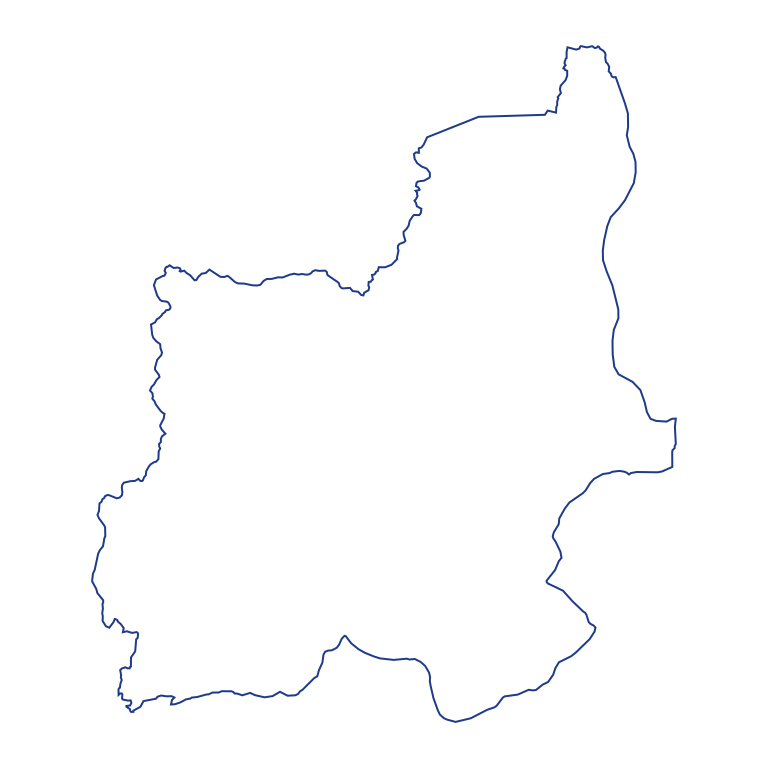 Sela, Anseba, Eritrea
{"feature_id": "51966322B36323877774800", "entity_name": "Sela", "entity_type": "district", "adm_level": 2, "iso_a3": "ERI", "parent_name": "Eritrea", "parent_adm1": "Anseba", "projection": "orthographic", "projection_center": [37.406, 16.89], "detail": "fine", "context": "isolated", "style": "outline", "palette": "blue", "viewbox_px": 768, "rotation_deg": 0, "n_neighbors": 0, "source": "geoboundaries", "source_scale": "gbopen_adm2", "svg_char_len": 6060}
<svg xmlns="http://www.w3.org/2000/svg" viewBox="0 0 768 768"><path d="M615.7,77.1L613.4,77.3L611.7,76.4L610.9,73.7L608.7,71.3L609.2,66.8L607.7,63.8L606.0,62.1L605.2,57.6L605.6,54.9L604.9,52.6L603.1,50.6L599.9,48.6L599.1,46.9L597.8,46.4L596.6,47.7L594.7,48.0L592.2,46.2L586.9,47.4L580.9,46.1L580.1,46.7L579.5,48.5L576.2,49.6L567.5,47.3L566.6,52.0L566.6,58.1L565.8,58.6L564.6,62.1L564.6,63.5L565.6,65.3L564.1,66.7L563.4,68.4L564.6,68.7L565.0,69.9L567.2,70.8L567.2,75.9L565.5,80.2L560.7,85.6L559.9,89.3L560.9,93.1L557.7,97.1L558.3,98.4L557.2,101.4L557.2,105.0L556.3,107.1L556.0,112.6L547.7,110.6L544.9,114.8L478.6,116.8L427.1,137.3L423.7,144.6L421.4,147.5L418.8,148.3L418.9,152.8L416.1,152.3L414.0,153.9L414.6,158.8L417.2,163.2L421.6,166.5L426.7,168.6L429.8,172.8L429.9,176.6L429.3,177.8L424.2,180.6L418.0,181.5L416.6,182.7L415.9,186.2L418.4,187.4L419.6,189.5L419.4,190.1L415.6,190.8L417.1,192.7L417.0,194.3L417.6,195.9L416.0,199.1L414.5,200.7L415.9,202.7L416.9,206.3L421.4,208.8L420.8,213.2L419.2,215.1L414.0,215.0L412.9,216.0L409.7,220.9L408.6,225.7L406.8,228.6L403.5,231.9L403.7,235.2L405.4,240.8L404.1,242.2L399.6,243.9L398.0,245.7L397.8,248.1L398.5,250.6L397.0,257.5L397.2,259.0L391.5,264.8L385.0,267.3L378.8,267.2L377.7,271.1L375.9,271.9L375.4,273.4L374.0,274.6L372.0,275.0L372.9,279.5L371.7,280.3L370.9,281.7L368.7,281.9L368.4,285.8L369.2,287.2L368.5,290.3L364.2,292.7L363.4,295.4L361.2,295.0L358.1,291.7L352.7,291.1L350.0,287.9L342.9,288.4L341.4,288.0L339.6,285.9L339.0,283.4L337.9,282.2L328.1,275.5L327.3,274.6L326.8,272.0L325.1,270.6L319.1,270.9L315.4,270.2L312.7,271.3L311.0,273.2L308.6,274.5L305.5,274.6L302.1,274.0L298.3,274.6L294.2,273.7L289.8,274.7L282.5,277.5L278.1,277.3L271.8,278.9L266.8,279.0L263.6,280.9L260.4,284.8L257.1,285.5L252.4,285.3L244.3,283.6L237.8,283.4L234.7,281.8L228.7,276.5L227.1,275.9L224.3,277.0L220.4,276.8L209.4,269.6L205.8,273.0L201.6,273.7L198.2,277.0L196.5,279.9L194.6,280.3L190.1,275.2L186.7,273.1L184.2,270.7L180.5,271.6L179.7,271.0L180.6,269.8L180.1,268.4L177.5,267.5L173.7,268.0L169.6,265.3L167.4,266.9L166.6,266.8L165.4,268.1L164.6,270.8L165.8,272.9L164.4,275.7L162.7,276.0L156.0,279.5L153.9,285.2L157.2,295.6L160.1,299.9L161.8,301.0L167.0,301.7L168.3,302.6L170.3,306.0L170.5,307.8L169.4,309.6L165.9,310.4L165.0,312.0L162.3,314.0L161.6,315.5L158.9,318.1L156.8,319.3L155.0,322.4L151.0,324.5L152.2,334.6L153.2,337.7L156.3,341.3L160.2,344.2L160.5,348.3L162.0,352.5L161.3,355.1L157.2,359.8L155.0,367.7L155.1,369.8L158.9,374.9L159.5,377.0L156.5,380.0L153.9,384.6L151.6,386.8L150.0,390.5L152.5,393.4L152.9,396.8L152.3,398.6L154.7,401.6L155.8,404.5L160.6,410.9L162.9,413.0L164.5,413.7L163.7,418.6L160.2,425.3L160.3,426.7L161.9,429.8L165.4,433.7L161.9,436.4L160.9,439.0L160.8,442.2L159.0,444.0L159.3,446.7L160.2,448.5L158.7,451.3L158.4,459.1L156.0,461.8L154.2,462.1L150.8,464.2L149.0,466.3L146.2,471.2L145.8,475.3L144.0,477.4L142.9,480.4L142.0,481.1L140.2,480.8L138.4,478.8L135.1,480.9L130.3,481.2L123.8,482.7L122.3,484.8L121.8,487.5L122.4,492.4L121.9,495.3L119.6,497.6L116.8,498.3L109.1,495.2L107.3,495.0L104.8,496.4L104.3,497.9L102.4,499.3L101.5,501.8L99.5,503.4L99.0,511.0L97.5,514.8L99.0,518.3L104.2,525.4L105.1,527.3L105.3,536.1L104.3,538.5L103.0,546.3L99.9,550.1L98.2,553.5L94.7,569.9L93.0,573.5L92.2,580.2L92.2,581.5L96.2,588.8L97.4,593.1L103.0,600.0L103.3,601.8L102.5,604.2L102.9,608.8L102.2,613.2L102.8,616.1L102.6,620.9L105.9,626.2L109.3,627.7L113.7,621.8L114.7,619.0L115.3,619.1L117.1,619.9L118.0,621.7L120.9,624.2L123.7,628.1L122.9,632.2L126.8,631.3L132.1,632.9L136.6,632.1L137.6,632.7L138.1,634.2L137.6,638.1L136.2,639.2L135.2,651.4L131.0,657.4L130.9,666.6L129.9,667.1L129.7,668.3L127.6,668.3L125.2,667.3L121.9,668.5L120.2,670.0L121.1,675.3L120.8,677.2L121.7,680.1L120.5,683.4L119.9,687.7L118.9,688.4L118.5,689.4L118.6,694.9L120.3,693.4L121.8,693.5L122.4,694.5L122.0,698.0L122.5,699.4L127.9,700.6L130.6,700.4L131.4,702.8L130.1,705.5L126.4,706.0L126.5,706.9L129.9,709.1L130.4,711.3L131.3,712.0L133.4,711.8L133.3,710.7L140.4,706.8L143.5,701.1L156.0,698.7L157.6,696.7L161.2,695.5L166.2,696.3L171.6,696.2L174.4,697.5L172.0,700.0L171.0,704.5L175.1,704.2L180.4,702.4L185.9,699.4L190.3,698.6L191.6,697.6L197.2,697.0L206.8,694.4L208.5,694.4L212.6,692.5L218.6,692.5L221.8,691.2L231.5,691.3L233.3,692.0L234.6,693.5L236.9,693.5L242.3,695.3L250.2,692.9L254.8,695.1L264.5,697.3L272.6,696.1L280.0,691.8L287.6,695.7L295.3,695.3L297.9,694.1L300.2,691.2L302.6,689.7L314.2,678.1L317.3,676.3L318.9,670.3L322.4,662.6L323.5,654.5L325.2,651.7L328.1,650.6L331.9,650.3L336.8,647.7L339.2,644.5L341.6,638.9L344.5,635.8L345.8,636.2L351.2,643.3L358.5,649.2L364.9,652.8L374.3,656.6L380.1,658.4L393.7,659.9L406.8,658.7L409.4,659.5L414.8,659.0L420.8,662.0L425.2,666.0L429.0,672.5L430.1,677.1L429.8,681.1L430.6,685.7L433.5,698.3L437.8,710.2L439.9,714.6L443.8,718.1L447.0,719.6L455.6,721.9L470.7,718.3L487.2,709.8L494.3,707.4L496.7,705.7L502.8,697.6L504.6,696.4L517.7,694.6L528.7,689.8L533.2,690.4L536.1,689.9L542.7,684.6L548.1,682.0L553.2,674.7L555.3,668.3L558.9,662.3L571.2,656.2L576.2,652.2L589.7,639.1L594.5,631.7L595.5,627.6L593.6,625.5L590.7,624.0L588.7,622.1L586.4,614.7L585.1,612.7L583.3,611.6L572.6,601.4L563.0,590.7L547.9,583.5L546.6,582.0L546.7,580.6L555.1,570.0L558.8,561.2L561.5,557.8L560.4,551.6L555.4,541.3L553.5,538.7L552.7,536.3L553.9,532.1L558.7,524.3L559.3,518.4L564.8,508.6L569.4,502.5L582.8,493.2L585.7,490.3L590.1,483.2L594.0,478.9L602.9,474.0L609.5,473.1L612.3,471.8L619.4,470.9L624.4,471.7L626.8,472.7L629.0,474.5L630.8,473.1L636.6,472.0L657.6,472.3L662.0,471.5L672.3,466.9L672.2,451.7L672.6,450.1L674.6,448.2L674.7,446.2L675.8,443.9L674.9,427.0L675.8,418.6L672.0,418.8L666.5,421.6L656.1,420.9L650.5,418.8L646.9,412.0L644.7,402.4L640.4,390.1L632.6,381.9L618.6,374.3L614.3,366.8L612.7,354.5L612.5,340.8L613.8,329.9L618.4,318.3L618.3,309.4L612.4,285.5L606.6,271.2L603.0,260.2L602.8,250.7L604.1,240.4L607.3,226.1L610.7,217.2L618.9,208.3L625.0,200.2L633.8,183.1L635.7,172.2L635.5,161.9L633.3,153.7L629.7,146.9L626.8,135.3L628.1,127.1L627.9,113.4L624.9,103.2L615.7,77.1Z" fill="none" stroke="#1e3a8a" stroke-width="2"/></svg>